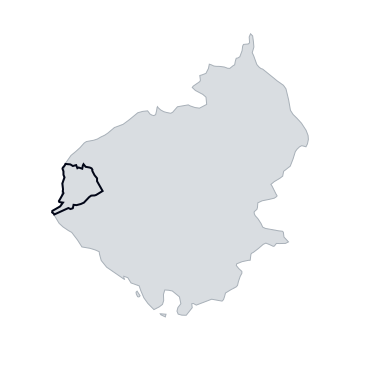 Bântéay Méanchey on a map of Cambodia (Mercator projection), rotated 331°
{"feature_id": "KHM-1777", "entity_name": "Bântéay Méanchey", "entity_type": "Province", "adm_level": 1, "iso_a3": "KHM", "parent_name": "Cambodia", "parent_adm1": "", "projection": "mercator", "projection_center": [102.955, 13.824], "detail": "coarse", "context": "in_parent", "style": "outline", "palette": "ink", "viewbox_px": 384, "rotation_deg": 331, "n_neighbors": 0, "source": "natural_earth", "source_scale": "10m", "svg_char_len": 3370}
<svg xmlns="http://www.w3.org/2000/svg" viewBox="0 0 384 384"><g transform="rotate(331 192 192)"><path d="M319.9,82.0L320.7,84.9L318.6,90.3L316.4,95.2L312.2,99.4L312.0,102.6L310.5,111.9L311.1,114.9L312.1,117.4L313.4,118.8L317.1,127.9L320.4,136.2L323.7,143.0L324.2,147.3L321.2,158.2L317.7,168.3L318.0,173.2L319.5,178.2L321.1,184.9L321.7,193.4L320.9,198.9L319.3,202.4L316.3,205.9L313.6,207.7L310.5,204.7L308.0,204.6L304.6,205.5L301.9,206.8L296.5,212.0L290.5,217.0L282.2,218.3L279.0,222.1L275.5,222.6L269.0,222.8L264.7,223.6L264.9,225.5L264.5,234.4L264.6,236.4L264.0,237.0L261.0,237.3L256.0,235.9L249.1,233.7L244.3,233.4L241.8,237.2L240.3,238.7L238.5,239.0L236.6,239.6L235.9,241.4L235.8,243.5L236.7,247.2L237.1,253.0L236.8,257.0L238.6,259.5L249.0,268.0L252.0,270.1L252.4,271.4L250.6,276.0L252.2,282.4L248.9,282.3L243.5,279.5L240.9,277.9L237.8,279.2L236.7,278.9L234.5,275.8L231.8,272.5L228.9,272.3L222.8,273.6L216.7,274.5L214.3,274.5L213.3,275.1L209.8,279.9L208.2,279.1L202.0,277.2L196.3,276.5L195.1,277.8L195.8,281.7L197.1,285.6L196.3,287.2L193.2,289.2L189.1,292.9L186.6,295.7L184.8,296.4L178.5,296.3L172.3,296.6L169.7,299.3L167.4,301.4L165.4,302.0L157.2,295.3L140.9,293.0L139.1,290.1L137.6,289.6L136.1,293.3L127.2,297.0L123.4,294.8L120.7,292.1L121.1,288.9L123.7,286.2L128.1,284.3L130.2,277.6L126.8,269.0L123.8,266.5L120.7,264.5L117.4,267.7L114.6,273.2L111.7,276.0L107.7,276.6L101.7,276.4L99.4,268.2L98.6,261.3L99.4,253.3L100.3,248.5L94.6,242.0L94.3,235.8L91.5,232.6L90.7,234.2L90.8,236.0L90.0,234.7L80.9,216.4L79.4,207.9L81.0,201.4L81.9,199.2L79.3,195.8L75.6,191.9L69.1,186.7L68.6,178.6L67.2,169.0L65.2,165.8L62.2,159.9L60.6,155.0L60.1,142.1L60.9,141.0L65.5,140.7L71.4,139.7L72.4,137.6L71.3,135.9L75.1,133.0L80.5,126.6L84.7,119.8L87.7,115.6L89.5,111.4L95.6,105.4L104.0,101.3L109.7,100.3L115.7,98.9L121.4,96.9L124.1,96.7L131.2,99.1L135.0,99.8L139.0,99.7L143.1,100.0L146.8,99.7L155.4,98.0L164.6,99.4L172.8,98.3L183.0,96.4L188.0,97.6L192.5,99.5L193.1,103.5L194.2,105.3L195.7,106.7L197.7,106.7L200.3,103.9L202.5,101.1L203.2,100.6L203.3,102.0L204.4,105.1L206.3,108.1L208.3,110.1L211.5,112.8L213.7,112.9L220.6,110.4L231.0,114.0L232.2,115.9L235.6,119.6L239.2,122.3L247.3,122.5L250.2,115.9L248.8,111.9L244.2,104.9L242.9,100.7L244.4,100.0L252.3,99.2L253.5,98.4L255.3,93.9L257.4,94.4L261.7,95.0L266.3,91.9L269.1,88.6L270.5,90.1L272.2,92.4L273.9,93.7L277.3,95.7L280.9,98.4L283.2,101.1L285.0,102.2L289.6,101.4L290.9,101.5L293.6,98.3L295.5,96.5L297.1,97.0L299.4,96.9L304.3,92.7L307.1,88.9L308.6,87.9L313.0,89.8L314.7,89.4L317.2,84.1L319.9,82.0ZM96.3,257.5L95.4,258.0L94.6,258.0L93.7,257.2L93.8,254.3L94.5,252.5L95.9,252.1L96.3,257.5ZM110.0,286.3L108.1,288.3L105.2,284.2L105.2,283.1L110.0,286.3Z" fill="#d9dde1" stroke="#a8b0b8" stroke-width="1"/><path d="M60.7,140.8L69.7,140.7L74.0,138.7L71.1,136.5L71.2,135.4L79.0,130.7L79.4,128.6L80.5,127.1L82.7,121.7L87.6,117.4L87.9,114.7L89.6,111.6L90.0,108.9L90.8,108.1L93.5,107.1L94.9,106.1L99.0,108.9L100.4,111.5L103.7,112.3L103.3,115.6L104.7,115.6L107.3,118.4L109.4,115.9L110.6,115.1L111.2,118.4L114.5,121.1L115.6,122.6L115.7,124.2L115.1,125.0L115.0,126.1L114.9,130.1L115.6,134.0L114.2,136.5L114.3,147.8L106.7,148.1L105.2,147.8L102.1,146.3L99.6,146.6L92.3,148.9L88.9,148.6L84.6,147.5L82.2,145.8L79.9,148.4L79.5,148.4L77.5,148.0L76.1,146.1L60.6,144.9L60.6,143.9L59.8,142.0L60.7,140.8Z" fill="none" stroke="#020617" stroke-width="2"/></g></svg>